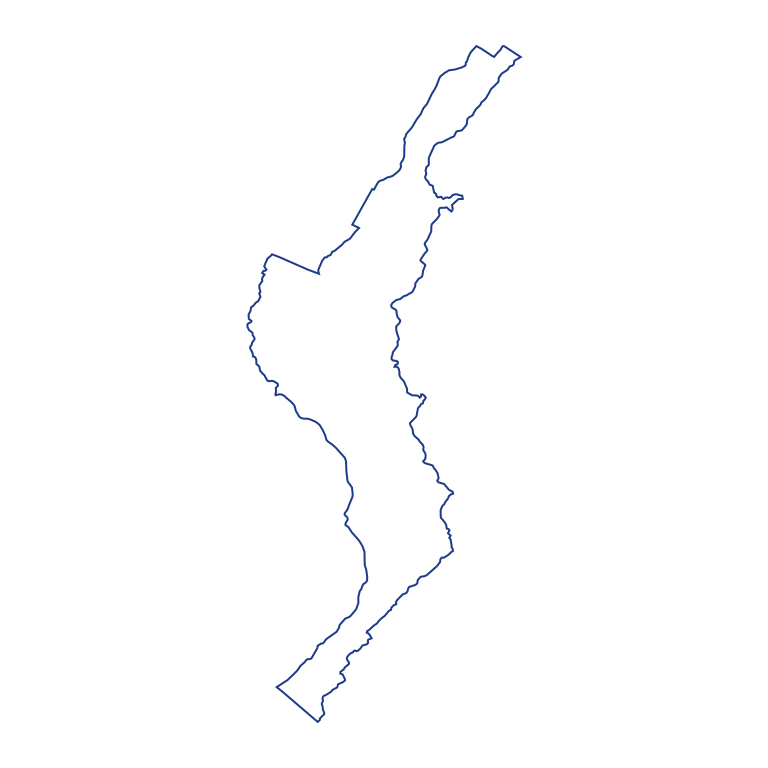 Thika Town, Central, Kenya (Mercator projection), rotated 90°
{"feature_id": "3690345B96807773656326", "entity_name": "Thika Town", "entity_type": "district", "adm_level": 2, "iso_a3": "KEN", "parent_name": "Kenya", "parent_adm1": "Central", "projection": "mercator", "projection_center": [37.162, -1.055], "detail": "fine", "context": "isolated", "style": "outline", "palette": "blue", "viewbox_px": 768, "rotation_deg": 90, "n_neighbors": 0, "source": "geoboundaries", "source_scale": "gbopen_adm2", "svg_char_len": 6127}
<svg xmlns="http://www.w3.org/2000/svg" viewBox="0 0 768 768"><g transform="rotate(90 384 384)"><path d="M57.0,247.3L46.3,263.6L46.1,265.1L47.6,266.4L49.3,267.1L53.6,271.2L56.9,273.8L56.0,275.7L48.8,286.5L46.1,291.6L51.7,296.8L53.6,298.0L57.4,299.8L61.5,301.1L62.5,302.2L64.1,302.2L65.8,302.9L67.5,306.4L69.5,313.0L70.3,319.0L73.4,324.0L76.1,327.3L77.8,328.5L85.3,331.3L89.3,333.3L93.9,336.2L103.6,340.8L108.4,344.7L114.3,347.4L119.2,351.2L127.5,356.1L133.8,361.6L137.1,362.6L138.9,363.9L142.9,363.1L145.8,363.6L156.5,363.8L160.1,365.1L162.1,366.5L164.0,367.4L166.3,367.0L168.1,367.4L170.2,368.6L172.0,370.5L175.7,375.0L176.9,378.1L177.3,380.3L179.9,384.8L180.9,388.3L182.5,390.1L189.6,394.0L189.1,395.8L224.7,415.7L228.0,409.0L232.2,413.1L238.7,418.0L241.8,423.4L244.9,426.2L250.9,433.4L251.7,435.6L255.0,437.5L256.2,440.4L257.3,441.2L257.4,443.2L260.6,445.7L269.6,449.6L271.2,449.7L273.8,449.0L269.6,460.2L256.9,489.1L254.3,496.0L255.8,497.2L258.6,500.5L264.7,503.2L266.6,503.7L269.6,501.6L270.8,502.8L270.9,504.5L273.1,505.8L274.6,503.5L277.5,505.5L279.4,506.0L281.1,505.7L285.2,508.7L287.5,508.7L292.0,507.6L293.3,508.8L296.8,507.6L301.0,509.7L302.8,512.3L305.8,514.7L307.2,516.8L311.3,517.6L314.4,519.4L318.9,519.2L320.9,516.5L322.1,517.1L323.7,520.1L325.0,520.7L326.9,520.5L330.2,518.9L332.0,516.3L333.0,515.5L335.1,515.3L337.9,513.5L339.4,513.5L342.5,515.8L345.2,516.5L346.7,517.8L348.4,517.8L352.8,515.5L356.6,514.9L356.9,513.3L358.1,512.3L359.9,511.7L363.9,511.6L366.4,508.8L370.7,507.9L373.9,505.2L374.9,503.8L380.6,500.7L381.2,498.6L380.8,495.9L381.4,493.9L383.8,490.3L385.6,490.0L388.1,492.2L392.2,491.9L393.9,492.6L395.2,492.4L394.3,488.6L394.5,486.3L396.1,483.4L397.6,482.0L402.3,476.3L404.8,474.2L406.3,473.3L410.8,472.2L416.9,468.6L418.1,466.6L418.6,464.6L418.8,459.9L419.5,457.6L421.9,452.2L423.9,449.6L425.3,448.1L430.7,444.9L435.8,442.7L439.8,441.6L441.6,440.0L444.4,435.9L447.7,432.2L457.8,423.2L461.2,422.0L471.4,421.6L480.1,420.6L481.8,420.1L487.5,416.0L494.4,415.3L496.8,415.5L504.6,418.8L509.5,420.5L513.1,423.2L514.8,423.4L517.3,420.8L519.0,420.2L520.4,420.7L523.3,422.5L525.1,422.5L527.0,419.7L532.6,416.0L539.5,409.8L543.6,407.0L547.2,405.1L552.0,403.5L564.4,403.3L566.0,403.0L569.2,401.9L576.3,400.8L580.7,400.9L582.3,402.1L584.3,404.8L586.1,405.7L589.5,406.9L590.9,408.2L597.4,409.7L603.0,409.6L609.2,411.8L615.7,417.2L616.9,418.6L618.5,422.6L622.8,426.5L624.9,428.3L628.2,429.2L631.7,431.3L639.1,441.7L643.3,444.9L643.7,447.1L645.8,450.3L648.2,450.7L658.4,456.6L659.1,458.3L659.1,460.4L660.3,462.1L661.9,463.0L665.6,467.3L670.9,471.0L680.0,480.4L687.1,491.3L692.7,484.4L721.9,450.3L720.0,448.2L718.2,447.9L714.2,443.8L712.7,443.9L709.7,445.0L705.6,445.6L703.9,446.3L700.8,445.0L699.2,445.4L697.3,445.3L695.8,444.2L695.1,442.2L691.6,436.7L689.9,435.5L687.4,430.8L684.3,429.9L681.9,424.7L680.3,422.9L678.9,423.2L674.4,425.4L673.6,427.7L671.9,427.6L669.2,424.1L667.5,423.3L664.0,419.1L662.7,418.9L659.7,420.9L658.3,421.2L656.6,420.6L653.7,418.0L652.3,415.1L650.8,414.0L650.6,412.7L651.2,411.3L650.7,410.0L648.6,407.7L645.5,405.6L644.3,401.2L642.9,399.9L641.0,400.2L639.7,399.8L638.3,396.4L634.7,398.4L633.2,399.9L632.7,401.3L631.1,400.9L630.1,399.0L625.5,394.1L623.6,391.2L621.1,389.3L618.4,386.6L616.0,383.4L610.8,379.1L610.0,377.1L607.5,376.5L605.1,374.1L604.2,371.7L602.1,372.0L600.5,371.2L594.4,365.4L593.1,361.8L591.3,360.5L589.0,360.0L587.0,359.0L585.0,352.8L584.0,351.4L582.8,350.6L580.2,350.3L577.3,347.9L576.6,346.6L576.2,343.5L575.2,341.3L565.9,330.8L562.1,328.0L559.3,327.6L557.6,326.3L557.7,324.2L555.0,319.8L552.1,316.8L551.0,315.0L549.2,315.2L547.3,316.4L545.2,316.4L539.2,317.5L537.8,318.7L535.6,317.4L533.3,320.0L530.3,318.5L529.0,319.6L528.6,321.2L524.6,321.9L521.8,323.7L517.6,327.2L511.0,327.4L509.3,327.1L505.9,325.6L503.9,323.5L502.2,322.9L498.6,320.1L496.0,319.0L494.2,316.7L493.7,314.9L491.9,315.2L489.6,319.2L484.0,323.9L482.3,329.6L480.7,330.8L478.2,329.4L473.3,330.4L470.2,332.3L467.9,334.3L465.9,335.0L465.1,336.2L463.4,342.4L462.7,343.8L461.3,344.9L459.8,343.4L458.4,342.6L455.3,342.3L453.3,342.8L449.9,344.8L447.1,344.4L445.1,345.0L441.4,348.4L439.8,349.2L436.2,353.3L433.5,355.0L430.3,355.2L428.1,355.9L425.1,357.7L423.2,358.1L417.1,352.2L415.7,351.4L408.5,350.1L407.3,349.4L406.0,348.0L404.1,346.9L403.3,345.1L400.7,344.5L399.6,343.3L397.8,342.2L395.8,343.5L394.5,345.3L394.4,346.9L396.7,347.1L397.6,348.2L396.2,349.5L395.5,350.8L395.3,355.9L392.5,360.8L388.7,361.0L382.0,363.8L380.5,364.7L378.0,367.2L376.3,368.1L374.5,368.7L372.6,368.5L369.4,369.1L367.4,370.1L366.6,371.9L366.8,373.4L365.0,372.7L364.1,370.5L362.1,370.0L361.0,371.4L360.4,375.2L359.0,376.5L356.8,376.3L354.8,375.5L352.2,375.1L345.8,370.4L344.2,370.2L342.1,370.6L339.1,369.0L331.6,371.5L327.3,371.9L325.8,371.4L325.0,370.3L322.4,368.2L320.4,367.8L316.9,370.5L313.9,371.3L311.1,371.5L309.8,372.2L307.3,376.4L305.1,376.8L303.1,375.6L300.1,371.9L298.9,367.6L296.0,363.9L295.4,361.4L293.5,358.5L292.9,356.9L291.6,355.4L286.3,352.8L283.3,352.6L278.9,349.5L277.0,346.4L275.6,345.6L270.8,344.9L265.2,342.7L264.0,343.6L260.7,347.5L259.3,347.2L254.1,343.8L250.4,340.7L249.1,340.9L244.5,343.3L242.9,343.0L239.7,340.6L231.5,336.8L225.6,336.6L223.8,335.9L219.3,331.4L216.3,329.1L214.8,328.4L212.1,329.2L210.6,329.3L208.9,328.7L207.8,327.8L207.8,323.4L207.3,321.5L211.5,316.7L210.3,315.7L208.6,315.3L204.9,316.0L199.1,309.5L198.9,305.2L195.7,305.8L195.4,307.9L194.3,311.0L194.3,312.5L194.9,315.2L196.9,316.9L198.0,319.0L197.4,320.8L197.7,322.6L199.0,324.5L198.3,325.7L196.8,326.6L197.4,330.2L196.3,331.3L193.8,332.0L192.6,333.9L185.8,335.3L184.6,338.4L181.5,340.0L179.4,342.0L177.8,342.8L176.3,342.8L174.3,341.7L170.3,342.4L167.2,341.6L164.9,339.2L158.6,339.2L156.9,338.8L145.7,333.7L143.6,331.2L142.7,329.6L142.3,326.2L137.4,316.5L136.5,314.1L131.4,311.5L130.4,306.3L128.4,304.4L125.1,301.7L123.5,301.1L119.2,300.7L117.3,299.0L115.8,296.1L114.6,294.9L112.8,294.3L109.0,291.9L105.7,288.4L104.3,287.4L102.4,286.6L100.0,283.7L98.2,282.1L92.7,278.8L89.5,277.3L81.8,269.5L77.8,269.2L73.7,266.4L69.8,260.5L66.4,258.2L65.8,256.0L64.4,254.3L60.8,253.6L57.0,247.3Z" fill="none" stroke="#1e3a8a" stroke-width="2"/></g></svg>